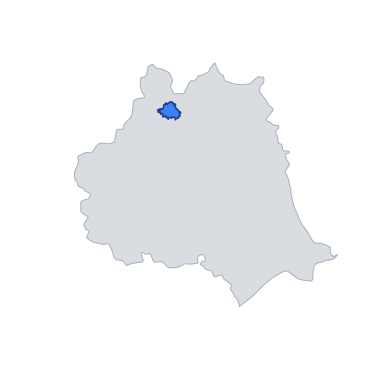 location of Slawharad, Mogilev, Belarus, rotated 244°
{"feature_id": "67162791B95045439516357", "entity_name": "Slawharad", "entity_type": "district", "adm_level": 2, "iso_a3": "BLR", "parent_name": "Belarus", "parent_adm1": "Mogilev", "projection": "mercator", "projection_center": [30.947, 53.462], "detail": "fine", "context": "in_parent", "style": "filled", "palette": "blue", "viewbox_px": 384, "rotation_deg": 244, "n_neighbors": 0, "source": "geoboundaries", "source_scale": "gbopen_adm2", "svg_char_len": 7390}
<svg xmlns="http://www.w3.org/2000/svg" viewBox="0 0 384 384"><g transform="rotate(244 192 192)"><path d="M297.9,269.1L292.7,268.8L286.3,268.9L282.8,271.4L279.0,270.2L276.2,271.5L270.0,278.3L267.5,282.0L265.2,287.6L263.8,291.7L264.6,294.6L265.7,297.3L266.0,300.2L266.6,302.4L265.0,304.1L264.1,306.5L261.5,306.0L258.3,303.8L257.6,300.5L255.1,298.2L253.5,297.0L250.8,296.8L246.5,297.9L240.9,298.7L236.6,298.9L234.3,300.1L230.9,301.2L229.6,299.9L227.7,296.1L226.1,292.4L225.1,290.8L224.1,290.3L223.0,290.4L221.7,291.6L220.7,292.8L217.1,294.2L215.6,295.6L213.9,299.0L212.7,298.7L211.5,297.9L210.2,294.1L208.3,293.2L205.4,293.2L201.7,292.4L198.7,291.2L197.6,291.5L195.8,293.1L193.9,293.4L189.7,291.9L188.8,292.6L186.4,296.8L185.3,297.0L184.6,296.5L185.0,292.8L182.5,291.5L178.4,291.3L175.5,291.8L174.1,291.7L173.4,291.0L169.8,284.8L167.9,284.4L164.6,284.7L159.6,283.9L153.9,282.5L150.7,282.0L149.1,280.6L145.6,280.1L136.1,277.5L132.2,277.1L126.5,277.0L117.8,276.4L112.3,276.8L109.7,277.6L106.7,278.2L96.4,278.9L92.7,279.6L91.7,280.9L90.5,283.7L86.2,288.7L82.1,291.9L81.3,292.2L78.9,290.5L76.9,289.9L74.6,289.7L72.9,290.3L71.9,291.1L72.0,294.9L71.8,295.2L69.9,290.7L70.1,286.6L71.1,284.3L72.3,282.2L71.8,279.0L73.0,274.8L73.1,271.8L72.5,270.5L71.6,269.0L68.9,267.3L67.7,266.0L64.1,264.2L60.4,262.0L59.8,260.7L60.0,259.8L60.6,258.4L63.4,254.2L66.4,250.2L68.3,248.6L78.4,243.5L80.0,241.7L80.4,238.6L80.2,232.5L79.6,226.8L78.8,222.9L76.9,215.6L71.6,200.3L68.4,184.3L70.5,185.3L75.3,185.6L79.2,184.5L81.2,184.4L82.9,184.7L88.0,183.8L89.3,185.2L91.5,186.5L96.0,184.7L99.9,182.4L104.0,182.7L104.6,181.6L105.6,175.9L106.8,174.6L111.7,175.2L113.5,174.2L115.4,171.3L118.3,169.6L120.7,169.6L123.2,167.6L124.4,168.9L125.0,171.3L124.2,173.2L124.6,173.9L126.3,174.9L129.3,174.8L131.2,174.1L131.6,173.0L131.6,171.0L131.2,169.2L129.9,167.6L127.5,166.8L125.9,166.8L125.6,165.8L126.2,163.6L127.6,159.6L129.4,156.0L130.5,154.7L130.7,153.4L130.5,151.2L130.5,147.3L132.1,141.8L134.2,137.6L137.2,136.3L140.7,135.6L143.0,133.6L144.1,131.3L145.1,127.7L146.2,127.0L154.8,127.4L156.1,123.8L156.9,122.8L158.5,121.8L159.6,120.5L159.2,119.5L157.0,118.9L151.9,118.3L150.8,117.1L151.2,115.7L152.5,112.0L153.9,107.1L154.5,103.4L154.6,101.2L155.3,100.6L159.5,99.9L160.9,99.2L164.6,94.0L167.3,93.2L174.4,94.5L177.7,94.4L181.9,94.7L182.2,94.2L183.7,89.2L190.7,81.0L194.5,78.2L196.9,77.5L197.7,77.7L201.5,82.0L202.4,82.2L204.9,80.4L209.2,80.2L211.2,81.7L214.1,87.0L215.6,87.6L219.9,84.7L222.2,83.7L223.7,83.7L231.7,87.8L232.3,89.1L232.3,90.7L231.1,95.5L232.8,98.4L234.7,100.4L238.8,97.1L240.3,96.2L241.9,96.1L244.2,94.9L245.8,93.1L247.3,92.4L250.2,92.9L255.5,92.4L261.7,95.3L262.2,96.2L265.3,99.6L266.4,101.3L267.4,101.8L269.0,103.4L271.2,104.5L272.8,104.2L273.5,104.7L274.2,106.0L274.2,108.2L274.0,114.4L271.8,117.7L271.5,118.8L271.6,120.2L273.4,122.9L275.6,127.1L276.1,129.5L276.1,131.3L273.1,136.6L272.0,137.8L271.3,140.4L271.0,143.1L271.2,144.2L276.3,148.4L280.1,150.7L281.0,151.8L281.0,152.5L279.0,156.9L278.8,158.1L281.9,160.0L283.6,162.9L285.0,167.7L287.9,172.2L298.7,178.8L299.7,180.0L300.0,181.4L299.6,184.5L297.7,190.4L299.5,191.3L304.3,191.0L310.0,191.8L317.0,195.9L317.0,197.8L316.3,199.4L316.7,201.2L317.5,202.7L323.5,207.3L324.1,208.7L324.2,210.9L324.0,212.5L322.3,212.9L320.5,213.6L317.5,215.6L316.3,218.4L311.4,222.2L308.4,223.9L306.0,224.0L300.3,223.2L298.3,221.3L297.5,219.6L295.3,218.8L292.4,218.7L288.3,219.0L287.5,219.6L286.9,221.7L285.2,225.3L283.9,227.3L289.0,234.4L291.6,237.4L292.4,239.1L292.4,240.4L291.2,241.9L291.3,244.9L293.8,248.9L293.0,249.5L292.7,254.4L292.8,259.5L293.4,260.8L294.8,261.8L295.9,263.7L297.8,268.0L297.9,269.1Z" fill="#d9dde1" stroke="#a8b0b8" stroke-width="1"/><path d="M265.2,213.0L265.5,212.7L265.8,212.8L265.9,213.2L265.8,213.6L265.8,213.9L265.6,214.4L265.7,214.8L266.2,214.8L267.1,214.8L267.9,214.9L267.9,215.5L267.9,215.8L267.9,216.1L268.0,216.4L268.3,216.6L268.7,216.6L268.9,216.5L269.3,216.4L269.4,216.0L269.4,215.7L269.5,215.5L270.0,215.6L270.4,215.7L270.9,215.6L271.2,215.4L271.3,215.3L271.7,215.3L272.2,215.3L272.7,215.3L272.9,215.0L273.0,214.7L273.3,214.4L273.8,214.4L274.2,214.1L274.4,214.1L274.6,214.4L274.9,214.5L275.4,214.5L276.2,214.5L276.6,214.4L276.8,214.2L277.0,214.1L277.3,214.1L277.6,214.1L277.7,214.5L277.6,214.8L277.5,215.1L277.5,215.4L277.9,215.4L278.3,215.4L278.5,215.4L278.6,215.1L278.7,214.8L278.6,214.7L278.8,214.4L279.0,214.3L279.4,214.2L279.5,214.0L279.6,213.9L279.7,213.6L279.8,213.6L280.1,213.6L280.3,213.7L280.4,213.8L280.5,213.9L280.8,213.9L281.1,213.9L281.4,213.7L281.5,213.3L281.5,213.2L281.9,213.0L282.0,212.9L282.0,212.7L281.9,212.5L281.8,212.4L281.8,212.2L282.0,212.1L282.4,211.9L282.5,211.8L282.5,211.7L282.5,211.3L282.4,211.2L282.4,210.9L282.5,210.6L282.4,210.4L282.2,210.3L282.1,210.0L282.0,209.9L282.0,209.7L282.1,209.3L282.2,209.0L282.1,208.8L281.9,208.6L281.8,208.3L281.7,208.1L281.8,207.9L282.0,207.8L282.5,207.8L282.8,207.8L283.0,207.7L283.1,207.8L283.2,207.6L283.3,207.5L283.3,207.3L283.4,207.2L283.3,206.9L283.2,206.7L282.9,206.7L282.8,206.8L282.6,206.8L282.4,206.7L282.2,206.5L282.2,206.3L282.2,206.1L282.2,205.9L282.3,205.8L282.3,205.6L282.5,205.3L282.6,205.2L282.7,204.9L282.6,204.7L282.3,204.5L282.1,204.4L281.8,204.2L281.5,204.0L281.3,203.9L281.0,203.7L280.8,203.4L280.5,203.2L280.3,203.0L280.1,202.7L279.9,202.5L279.8,202.4L279.5,202.3L279.2,202.2L279.4,201.9L279.5,201.8L279.7,201.6L279.8,201.4L279.8,201.2L280.1,200.9L280.3,200.9L280.5,200.7L280.2,200.4L279.9,200.1L279.7,199.9L279.7,199.7L279.6,199.3L279.5,199.1L279.5,198.9L279.4,198.7L279.5,198.4L279.8,198.2L280.0,198.2L280.2,198.4L280.2,198.6L280.3,198.8L280.3,199.1L280.7,199.3L280.9,199.1L281.0,198.9L280.9,198.6L280.6,198.4L280.5,198.1L280.5,197.9L280.5,197.7L280.6,197.3L280.6,197.0L280.6,196.9L280.4,196.8L280.2,196.8L279.8,196.9L279.6,197.0L279.2,197.0L279.0,196.9L278.8,196.8L278.7,196.7L278.3,196.8L278.1,196.8L277.9,196.9L277.9,197.0L277.9,197.3L277.9,197.5L278.0,197.9L278.1,198.0L278.2,198.3L277.9,198.4L277.6,198.4L277.3,198.4L277.1,198.4L276.8,198.3L276.6,198.3L276.5,198.2L276.3,198.1L276.2,198.0L275.9,198.0L275.7,198.0L275.7,198.3L275.8,198.5L275.9,198.8L275.8,199.0L275.7,199.1L275.5,199.3L275.3,199.4L275.2,199.6L275.0,199.8L274.8,200.0L274.7,200.1L274.4,199.9L274.2,199.7L273.9,199.5L273.6,199.3L273.3,199.1L273.2,199.0L273.0,198.8L272.7,198.7L272.3,198.8L272.2,198.9L272.0,199.1L271.9,199.4L271.9,199.6L272.0,199.9L272.1,200.2L272.2,200.4L272.2,200.7L272.1,200.8L272.0,201.0L271.8,201.2L271.7,201.3L271.6,201.5L271.6,201.9L271.5,202.0L271.3,202.1L271.2,202.2L271.0,202.3L270.7,202.2L270.5,201.9L270.4,201.7L270.1,201.4L269.9,201.5L269.7,201.7L269.6,201.9L269.3,202.2L268.9,202.3L268.7,202.4L268.4,202.5L268.2,202.6L267.9,202.6L267.9,202.9L268.2,203.0L268.4,203.1L268.5,203.1L268.6,203.3L268.7,203.6L268.9,203.8L269.0,204.0L269.1,204.4L268.9,204.7L268.6,204.9L268.0,205.4L267.5,205.8L267.4,205.9L267.3,206.0L267.4,206.3L267.6,206.5L267.8,206.6L268.0,206.7L268.1,206.9L268.1,207.1L268.0,207.3L267.9,207.4L267.8,207.5L267.6,207.5L267.5,207.8L267.5,208.0L267.5,208.4L267.2,208.5L267.1,208.9L267.0,209.0L266.9,209.2L266.7,209.2L266.4,209.1L266.3,208.9L266.2,208.9L265.9,209.0L265.5,209.0L265.2,208.9L264.7,208.7L264.3,208.7L264.4,209.0L264.5,209.2L264.7,209.6L264.8,209.8L264.9,210.1L264.9,210.3L264.9,210.7L264.6,210.8L264.6,211.2L264.6,211.7L264.6,212.5L264.8,212.8L265.1,213.0L265.2,213.0Z" fill="#3b82f6" stroke="#1e3a8a" stroke-width="1.5"/></g></svg>